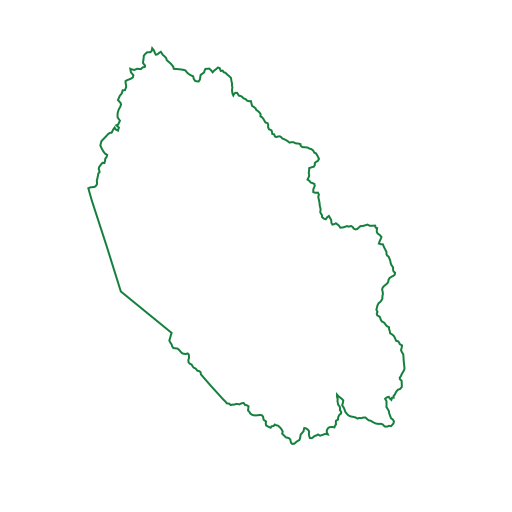 the district of Independência, Ceará, Brazil, rotated 288°
{"feature_id": "56859067B45229739408985", "entity_name": "Independência", "entity_type": "district", "adm_level": 2, "iso_a3": "BRA", "parent_name": "Brazil", "parent_adm1": "Ceará", "projection": "orthographic", "projection_center": [-40.325, -5.496], "detail": "fine", "context": "isolated", "style": "outline", "palette": "green", "viewbox_px": 512, "rotation_deg": 288, "n_neighbors": 0, "source": "geoboundaries", "source_scale": "gbopen_adm2", "svg_char_len": 6066}
<svg xmlns="http://www.w3.org/2000/svg" viewBox="0 0 512 512"><g transform="rotate(288 256 256)"><path d="M349.6,80.2L347.2,80.8L345.1,81.5L342.6,84.8L340.6,84.5L338.6,84.3L337.2,82.8L335.8,85.9L332.6,86.0L333.0,83.4L334.5,81.9L332.2,81.1L328.7,80.6L327.9,78.9L325.8,77.4L323.6,76.5L317.5,73.5L313.0,73.8L310.9,75.7L308.4,78.4L306.8,80.6L306.2,83.2L304.2,83.3L301.7,82.6L299.6,83.1L297.5,83.1L297.3,81.3L295.4,80.4L292.0,79.3L290.2,79.5L288.9,80.5L287.5,81.3L285.9,80.6L280.6,81.2L278.8,81.2L275.4,82.6L273.5,82.2L271.8,81.1L270.1,77.3L268.6,75.6L258.3,82.5L218.4,111.5L180.5,138.4L156.8,199.5L148.8,199.7L147.0,201.5L145.9,203.0L144.3,204.1L142.9,205.8L143.7,209.9L143.1,211.6L140.9,215.2L140.6,216.9L141.1,219.5L142.2,221.1L141.5,222.5L140.0,223.2L138.2,223.8L136.1,223.8L134.1,224.7L133.1,226.2L132.9,228.2L131.6,229.7L130.6,231.1L130.2,233.6L128.8,235.6L128.9,237.9L128.2,239.3L126.4,240.2L118.5,253.3L109.6,268.9L108.1,271.9L106.8,273.9L107.3,276.3L106.4,277.9L107.4,279.6L107.9,281.1L109.4,283.3L109.7,285.9L111.5,287.9L112.4,289.7L111.0,291.5L111.2,293.2L110.8,295.3L106.6,296.2L105.7,297.9L104.4,299.3L103.8,301.3L103.8,303.2L104.4,305.2L105.5,307.8L106.2,309.2L106.3,310.9L105.4,312.4L103.9,313.1L102.6,313.9L101.7,316.7L99.7,317.0L97.9,318.1L97.4,320.9L97.2,323.0L98.9,323.5L99.8,325.3L101.5,325.9L101.3,327.6L101.4,329.6L100.2,332.1L98.9,334.0L97.2,335.7L95.1,335.8L92.7,340.6L93.0,343.3L92.2,345.2L89.3,346.9L88.5,348.6L89.4,350.5L92.0,352.0L94.4,354.1L96.2,354.2L100.0,353.7L102.4,354.7L104.1,355.4L105.6,355.1L107.3,355.1L107.5,357.0L106.7,359.4L105.5,360.8L103.3,361.2L101.4,362.1L99.5,363.5L100.0,365.4L101.2,366.3L103.0,367.4L103.8,368.7L105.4,370.1L104.9,372.5L108.3,377.0L108.5,379.5L110.2,377.9L112.0,377.2L114.3,377.6L115.8,378.7L117.0,381.3L117.2,383.5L118.9,383.6L120.7,384.1L122.1,383.4L124.1,383.0L125.8,384.6L127.6,384.0L129.2,384.1L131.0,384.5L132.4,385.6L134.0,385.2L135.4,383.4L137.4,382.9L138.7,382.0L140.1,380.0L143.3,378.3L145.2,377.9L146.9,376.7L149.2,375.9L148.0,378.0L146.7,381.6L145.7,383.6L143.4,384.0L140.6,384.1L138.9,386.3L137.3,387.7L135.2,389.3L133.4,392.2L132.7,394.4L132.8,396.7L133.0,398.2L133.2,400.6L132.7,402.7L133.9,404.3L134.3,406.3L135.5,407.9L136.2,410.1L135.0,412.6L134.5,414.2L134.8,415.9L134.2,418.0L133.7,421.6L134.1,424.2L135.0,426.7L135.0,428.4L134.1,430.1L133.6,431.6L134.4,433.6L135.6,435.0L135.9,437.0L139.2,438.5L141.5,438.2L142.8,436.6L143.4,434.6L147.5,431.3L149.7,430.2L151.1,428.6L152.6,426.8L158.2,425.0L160.1,422.9L161.9,424.0L163.1,425.8L162.0,427.0L161.0,429.2L163.3,429.2L163.8,430.7L165.8,430.1L167.1,430.9L169.4,431.1L170.9,431.5L172.7,432.3L174.0,434.1L176.5,435.1L178.3,434.6L180.2,433.8L182.3,433.1L183.3,430.9L184.8,430.3L186.5,430.9L188.8,431.1L190.9,431.6L192.6,432.0L194.5,432.1L197.0,431.1L201.6,429.0L206.2,427.2L208.2,426.3L209.4,424.7L211.3,423.0L213.9,422.9L216.1,422.5L216.6,420.0L218.0,418.7L218.8,417.4L218.6,415.6L219.8,414.4L221.2,413.3L222.6,411.7L223.4,409.8L224.0,407.4L226.0,406.4L227.3,405.3L229.4,404.5L229.7,402.1L231.1,400.0L232.2,398.5L232.6,396.1L233.6,394.7L236.4,392.5L237.0,389.7L238.6,388.6L240.4,388.8L242.1,387.1L246.7,386.8L249.1,387.2L250.3,388.1L252.0,388.9L254.5,389.4L256.2,388.8L259.5,388.3L261.5,387.3L263.1,386.3L264.7,386.2L266.3,386.7L267.9,387.6L269.3,388.6L271.0,389.5L272.6,389.7L274.3,389.4L276.2,389.8L278.1,391.2L279.3,392.5L280.9,393.7L283.1,393.4L283.8,391.6L285.3,390.6L287.5,389.9L289.4,387.4L291.5,385.9L293.2,385.0L296.4,382.3L297.0,380.5L298.1,379.5L300.2,378.8L304.2,374.8L306.3,373.1L305.8,371.3L305.8,369.0L309.1,369.1L311.1,369.4L312.9,369.4L314.2,367.2L314.9,364.9L315.9,363.7L317.6,362.9L319.9,362.6L320.0,361.0L321.7,359.9L320.9,357.7L319.9,355.0L320.3,352.3L317.7,348.6L316.7,346.1L312.9,343.9L312.0,342.3L312.3,340.4L313.5,338.9L313.9,337.1L312.5,335.0L312.6,333.4L311.4,331.8L310.1,330.0L309.0,327.4L310.6,325.4L311.8,321.9L310.5,320.6L309.5,319.0L310.8,317.5L313.5,316.4L316.6,312.9L314.8,311.7L312.5,311.0L312.5,309.1L313.4,306.8L315.4,306.0L316.5,304.5L317.7,303.5L319.8,303.2L321.3,302.5L323.7,301.0L326.4,299.9L331.5,296.9L333.7,296.9L335.4,295.3L334.4,292.7L334.5,290.7L337.1,289.9L339.4,290.1L341.1,290.1L342.6,289.2L342.8,287.3L342.8,285.3L344.0,283.6L344.6,281.4L347.5,281.8L349.4,281.6L351.3,280.5L354.2,280.0L356.0,279.4L357.6,281.5L358.8,283.4L360.7,283.8L362.6,283.2L364.3,284.2L365.5,285.4L367.8,285.9L370.6,283.2L372.2,281.3L372.2,279.7L374.0,277.7L374.8,275.6L374.6,273.7L375.1,272.0L374.8,270.1L373.9,266.4L374.6,264.5L376.2,263.6L376.0,261.6L375.4,258.8L375.8,256.7L375.2,254.6L374.2,252.8L375.1,250.4L375.7,247.5L375.9,244.8L376.8,243.2L377.2,241.6L376.4,239.9L375.3,238.5L375.7,236.9L377.3,235.7L377.1,233.8L378.8,232.9L380.3,231.9L380.6,229.1L382.4,227.6L384.5,227.1L385.9,225.9L385.9,223.7L388.7,220.6L390.0,218.6L390.1,217.1L392.2,216.6L393.5,215.0L394.5,213.0L394.9,211.2L396.3,209.9L397.1,207.9L397.5,206.0L398.9,205.0L401.7,203.3L401.0,201.4L401.0,199.5L402.0,197.6L402.1,195.3L402.9,194.0L403.4,192.4L403.2,190.1L405.3,187.7L404.8,185.9L403.4,185.1L401.7,184.8L403.0,183.6L406.3,181.9L409.3,181.4L410.7,180.4L412.3,180.1L414.6,178.7L417.7,177.1L418.8,174.8L419.6,172.7L420.8,170.3L420.8,168.4L422.0,167.0L421.1,165.3L423.5,163.3L423.5,161.6L422.0,160.7L419.2,158.8L417.3,158.0L418.7,155.9L419.8,153.7L418.3,150.1L416.6,149.8L414.5,149.9L411.2,147.4L406.3,148.1L404.2,147.5L403.6,144.2L405.2,142.1L407.5,140.7L407.8,137.6L408.8,134.4L410.7,131.4L410.6,129.2L409.9,125.3L408.6,119.9L410.4,118.9L412.4,115.9L413.3,113.9L413.9,112.3L414.8,110.5L416.6,109.3L417.7,107.1L418.5,105.2L420.8,102.4L419.4,101.2L417.3,99.9L416.5,98.5L417.8,97.1L419.9,95.5L421.5,93.1L418.6,93.4L417.2,92.6L416.1,89.5L414.1,88.3L411.8,87.4L409.4,88.0L404.8,88.8L403.7,90.2L402.9,91.6L401.4,91.8L400.3,89.9L398.1,88.7L397.4,85.2L395.3,82.7L395.1,80.1L395.2,78.6L392.0,80.3L390.1,83.5L387.8,83.7L385.9,82.2L384.0,79.8L382.2,77.9L380.1,78.5L378.7,79.5L376.6,80.3L373.2,80.1L372.4,78.0L369.1,78.1L366.4,77.0L361.7,76.5L359.8,79.8L358.5,80.8L355.8,80.8L353.3,80.2L349.6,80.2Z" fill="none" stroke="#15803d" stroke-width="2"/></g></svg>